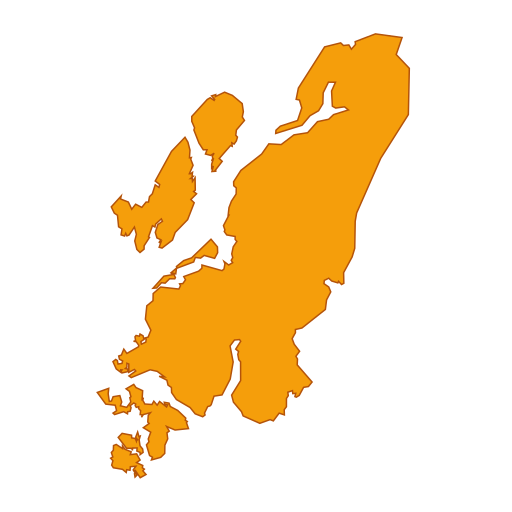 the district of Kvinnherad nor, Hordaland, Norway, rotated 354°
{"feature_id": "86288312B18833292732183", "entity_name": "Kvinnherad nor", "entity_type": "district", "adm_level": 2, "iso_a3": "NOR", "parent_name": "Norway", "parent_adm1": "Hordaland", "projection": "orthographic", "projection_center": [5.871, 59.959], "detail": "fine", "context": "isolated", "style": "filled", "palette": "amber", "viewbox_px": 512, "rotation_deg": 354, "n_neighbors": 0, "source": "geoboundaries", "source_scale": "gbopen_adm2", "svg_char_len": 6120}
<svg xmlns="http://www.w3.org/2000/svg" viewBox="0 0 512 512"><g transform="rotate(354 256 256)"><path d="M424.1,54.0L398.0,47.6L377.0,53.2L377.1,56.0L372.5,60.3L370.4,55.8L365.0,55.8L362.5,52.9L346.1,55.2L315.7,93.4L312.3,104.4L315.5,105.4L317.0,113.5L311.5,125.6L293.8,129.4L289.0,133.0L288.4,136.2L315.4,130.8L324.4,122.1L333.4,118.1L338.4,111.5L339.9,100.7L346.2,90.7L353.2,91.5L348.4,99.8L347.6,115.0L350.7,117.2L359.6,116.9L363.2,120.4L347.9,123.5L342.6,127.6L331.2,128.8L320.2,138.8L306.4,139.5L292.7,147.8L280.5,145.8L272.3,155.2L249.9,169.3L241.5,179.8L241.2,183.8L243.5,186.2L242.7,192.3L237.3,198.9L234.2,205.0L232.5,212.8L233.2,212.7L226.8,222.4L227.8,226.8L227.0,228.3L229.1,232.0L237.3,234.4L237.0,237.4L238.5,239.5L234.3,244.5L232.1,251.4L232.7,255.2L230.9,257.7L232.1,260.2L227.9,262.1L223.6,258.1L224.3,260.5L222.8,265.6L220.7,267.0L201.3,259.3L200.9,262.5L197.3,265.1L182.0,268.9L183.4,272.3L180.3,275.8L177.1,275.7L177.8,277.7L175.8,280.8L157.9,276.9L149.8,282.6L148.9,289.7L142.2,294.1L139.4,307.3L143.7,318.8L140.2,325.4L136.5,326.0L138.1,327.3L137.4,330.1L132.8,331.7L132.6,329.0L135.9,327.3L135.3,323.5L132.5,321.5L131.7,323.6L128.4,322.5L127.2,323.7L127.4,327.7L125.3,328.0L127.9,328.7L130.1,332.6L129.6,334.0L117.4,339.4L114.8,334.8L111.8,340.4L109.0,341.1L109.4,344.4L112.4,346.4L111.5,348.8L107.5,349.0L107.2,345.5L105.7,344.2L102.7,346.1L105.2,353.7L109.0,357.2L109.6,355.0L110.9,355.3L109.7,356.3L110.4,358.3L116.4,357.6L116.8,355.0L114.3,354.3L116.0,353.1L116.4,349.2L118.2,350.1L117.3,358.4L123.2,356.1L124.4,357.8L117.1,362.0L119.2,363.9L138.8,358.1L145.7,360.4L152.4,366.6L147.1,365.5L154.4,370.2L155.0,375.2L158.1,377.9L157.8,383.0L161.8,390.4L174.6,399.8L179.0,406.6L186.2,410.3L188.7,408.8L188.4,406.8L192.2,400.7L194.6,400.3L195.9,399.2L199.6,391.0L207.7,390.6L217.5,375.7L222.2,359.0L220.8,342.7L225.8,337.3L230.9,337.4L231.9,339.2L226.1,346.5L228.7,349.1L227.6,351.9L228.0,357.3L229.6,359.6L227.7,378.3L217.2,391.8L218.3,399.0L225.3,409.3L226.5,413.7L242.3,422.8L252.9,420.2L256.0,421.8L262.6,414.7L267.6,417.0L268.0,411.8L270.5,409.1L271.4,400.8L273.5,398.3L273.4,394.8L278.2,393.7L278.2,396.7L281.2,396.7L280.0,399.9L281.3,400.6L284.4,399.2L289.6,391.6L294.5,391.3L298.6,387.2L285.6,368.6L286.5,362.8L285.2,359.9L289.4,355.3L284.8,347.8L283.3,342.0L287.2,336.4L287.5,333.2L294.2,332.4L319.4,316.4L321.6,307.0L326.6,299.5L325.1,294.4L320.7,290.6L321.4,287.4L326.0,285.7L328.7,288.8L334.6,291.3L335.4,289.8L338.1,293.3L340.5,292.3L341.4,281.7L351.5,267.0L355.0,258.7L358.3,231.8L360.6,223.7L390.3,171.8L422.3,131.3L428.1,85.4L416.5,70.3L424.1,54.0ZM182.9,143.1L163.6,170.9L167.7,174.8L166.6,177.6L163.2,174.7L159.4,183.3L156.3,185.8L154.7,191.1L152.3,190.9L147.5,195.7L141.7,191.9L137.3,196.5L134.7,189.0L127.2,185.1L128.2,182.2L117.2,192.0L119.6,198.6L122.5,201.0L122.4,212.6L125.5,215.0L124.0,220.9L127.4,222.4L128.8,219.8L129.7,222.5L131.9,221.9L138.1,214.5L139.3,221.9L137.0,228.4L138.2,237.0L141.0,240.4L145.4,237.5L145.8,234.1L152.0,226.4L151.1,225.7L156.2,215.0L158.5,216.6L159.6,213.7L165.7,209.2L166.6,211.7L161.7,214.4L158.3,222.0L159.4,227.7L163.1,229.9L160.8,232.7L163.2,231.7L160.6,237.2L163.4,238.3L174.6,231.4L178.1,224.1L191.8,212.7L200.1,196.6L197.1,193.0L203.4,187.9L200.7,185.3L202.5,184.2L203.6,171.8L200.6,175.2L200.7,172.2L199.0,172.1L202.0,170.1L200.8,169.7L201.6,166.2L199.5,167.4L198.3,167.2L202.9,159.2L201.2,152.8L202.0,151.3L200.1,151.4L201.4,143.8L200.2,135.7L197.8,130.5L182.9,143.1ZM232.8,91.3L228.6,92.1L231.3,96.0L230.6,96.9L227.0,93.8L223.9,95.2L206.7,110.5L206.2,115.4L208.3,122.1L207.4,124.2L211.1,137.8L214.7,144.9L218.4,145.2L216.4,149.3L221.4,151.2L225.1,149.4L222.9,152.2L223.4,154.9L222.6,155.2L222.2,156.2L222.5,156.2L222.8,155.4L223.0,155.4L223.5,154.7L224.0,154.3L221.5,160.1L221.1,163.9L223.0,162.1L221.0,167.4L225.5,167.5L224.1,166.9L232.3,158.3L229.6,155.2L242.2,143.5L243.8,144.4L243.8,140.9L245.9,142.4L248.5,139.5L250.0,135.8L248.5,133.8L249.7,128.6L258.7,120.0L256.9,116.3L258.5,111.2L258.2,103.0L249.3,93.8L241.9,89.8L232.3,93.2L232.8,91.3ZM95.7,372.2L83.9,375.1L91.1,387.6L100.4,389.7L101.2,395.3L97.4,397.3L98.8,398.9L108.1,397.0L111.7,399.5L112.1,397.4L114.6,397.3L115.9,393.8L115.2,391.7L119.1,389.4L120.9,390.7L120.2,392.2L121.1,394.0L123.6,393.6L123.3,395.5L125.1,397.8L124.2,401.6L126.3,402.1L125.3,404.4L127.4,401.9L134.6,400.8L132.2,403.2L131.0,409.8L132.2,411.4L126.0,415.0L132.9,420.2L129.7,426.7L130.1,429.6L127.3,432.4L129.3,443.3L132.0,445.3L130.7,447.9L140.2,446.3L144.6,442.8L145.6,434.6L149.1,428.6L149.0,422.5L151.4,421.1L149.3,416.2L157.3,420.6L170.8,420.6L169.4,414.5L170.4,413.4L168.5,412.0L169.2,409.9L162.0,401.4L155.0,396.7L154.1,393.2L149.5,391.9L149.9,394.2L152.5,394.8L151.3,396.8L144.9,390.6L142.1,394.0L139.2,389.7L137.0,392.8L130.0,391.6L128.3,387.6L129.2,385.2L127.8,386.4L129.2,378.1L122.9,374.3L121.0,370.9L112.9,374.5L116.0,377.4L116.9,382.9L115.7,383.7L116.2,388.1L111.6,393.0L105.5,390.8L107.2,387.2L106.0,380.6L99.2,381.0L97.1,385.1L94.9,385.4L94.6,377.5L95.7,372.2ZM97.3,428.8L94.5,429.6L93.8,434.3L91.6,436.3L92.6,440.9L90.3,441.9L92.3,444.6L90.6,448.9L92.0,451.7L100.9,454.2L104.3,457.7L105.1,455.0L108.3,455.9L109.0,452.4L114.6,452.5L111.5,455.9L113.3,459.5L112.4,459.8L112.6,463.2L114.6,461.6L113.2,456.0L117.7,464.4L123.8,461.8L121.0,457.8L122.7,456.3L120.8,454.7L121.5,452.5L115.6,449.0L119.4,446.8L116.6,440.3L110.2,440.4L111.4,437.7L105.5,434.5L103.4,430.9L103.2,433.6L97.3,428.8ZM213.0,234.6L191.8,251.1L183.6,253.0L175.8,258.1L176.4,259.8L193.4,255.4L195.5,251.1L200.7,252.3L204.5,250.0L214.6,254.0L218.2,248.7L218.6,242.9L213.0,234.6ZM104.3,418.4L100.0,422.0L107.1,433.6L112.3,434.3L112.8,436.4L113.2,434.1L117.7,434.5L117.1,437.5L120.2,439.2L120.0,441.4L123.2,439.5L123.1,436.1L120.8,432.6L120.6,426.5L122.0,423.0L120.7,423.4L119.9,418.7L117.4,423.6L119.4,427.0L118.2,425.8L117.7,427.7L116.9,425.3L118.0,425.2L113.4,423.9L113.5,421.2L104.3,418.4ZM175.7,259.7L169.6,263.9L171.7,265.8L162.3,266.4L150.2,277.3L153.8,277.4L159.2,272.7L162.8,273.5L167.7,269.6L172.8,270.2L173.6,269.1L172.0,264.5L174.3,265.4L175.7,259.7Z" fill="#f59e0b" stroke="#b45309" stroke-width="1.5"/></g></svg>